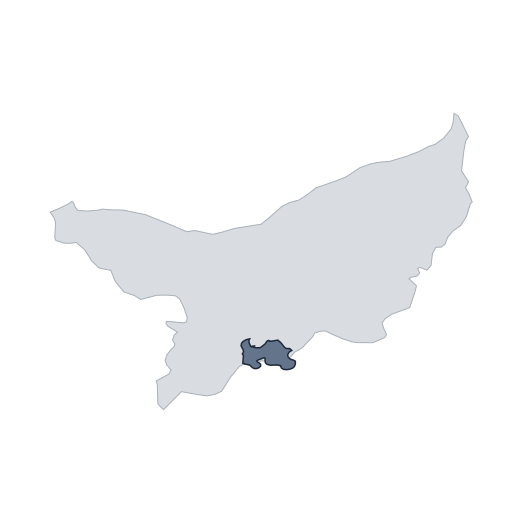 Grigoriopol highlighted on a map of Moldova, rotated 96°
{"feature_id": "MDA-1637", "entity_name": "Grigoriopol", "entity_type": "Territorial Unit", "adm_level": 1, "iso_a3": "MDA", "parent_name": "Moldova", "parent_adm1": "", "projection": "albers", "projection_center": [29.428, 47.137], "detail": "fine", "context": "in_parent", "style": "filled", "palette": "slate", "viewbox_px": 512, "rotation_deg": 96, "n_neighbors": 0, "source": "natural_earth", "source_scale": "10m", "svg_char_len": 3073}
<svg xmlns="http://www.w3.org/2000/svg" viewBox="0 0 512 512"><g transform="rotate(96 256 256)"><path d="M93.5,74.0L95.7,69.4L115.0,57.2L119.9,59.5L129.8,60.3L149.9,60.5L160.1,52.3L166.2,54.8L171.3,51.1L179.7,46.6L180.9,47.6L181.9,48.4L194.7,50.8L204.3,55.6L210.6,62.8L217.2,67.3L224.1,69.1L227.8,72.7L228.5,78.0L234.9,80.8L247.1,80.9L252.2,84.5L250.2,91.6L251.4,93.9L255.8,91.5L259.1,93.7L260.7,99.0L262.6,101.5L268.9,93.3L275.5,94.2L291.3,97.8L299.7,115.0L304.9,121.1L309.6,123.7L315.4,121.0L320.6,117.9L323.6,119.4L330.0,130.7L331.5,145.6L331.4,151.6L329.1,161.6L325.8,172.3L323.2,179.3L324.3,184.9L326.6,189.6L330.4,191.2L342.8,200.7L347.4,207.3L354.2,212.2L359.3,212.4L362.0,215.1L363.0,218.5L362.3,226.9L359.4,234.9L359.8,240.0L364.3,246.0L364.8,253.0L365.2,257.5L367.6,261.0L379.1,268.7L394.1,276.0L397.9,282.4L400.3,290.5L399.6,304.1L398.7,316.0L418.5,331.9L416.3,334.8L413.3,338.1L394.5,340.7L390.6,342.1L382.4,330.1L378.1,328.6L374.1,333.0L369.4,335.5L363.7,334.3L357.6,330.6L354.5,327.9L352.1,327.6L348.3,330.2L343.2,329.1L339.9,326.1L335.1,336.3L332.2,338.5L330.3,338.2L330.0,320.8L328.6,318.2L324.8,317.8L315.7,321.9L307.0,327.1L304.0,331.9L304.2,340.4L305.4,350.6L311.3,366.1L308.0,372.8L305.6,383.5L296.1,393.3L285.4,398.9L284.4,410.7L278.4,418.6L268.2,426.5L261.3,436.1L262.9,442.7L263.2,449.0L262.0,453.3L261.7,456.5L259.0,458.0L243.4,458.9L239.0,460.9L233.9,465.4L229.2,456.6L224.4,448.9L220.9,444.7L222.4,442.9L226.4,440.8L229.2,438.2L229.0,429.1L227.1,418.6L225.4,413.5L225.3,405.6L224.2,393.2L226.4,370.4L234.6,341.7L239.1,327.4L237.1,319.5L239.0,301.3L235.8,292.2L230.8,280.2L223.9,254.4L214.9,245.3L203.8,235.3L199.1,227.7L196.0,219.5L189.5,211.2L182.0,203.6L173.2,184.7L168.7,176.2L167.3,173.9L157.2,161.7L152.0,150.7L149.5,141.8L148.1,133.5L141.3,117.1L135.0,104.7L129.0,95.9L126.3,89.6L119.2,81.7L109.0,75.1L102.2,73.9L93.5,74.0Z" fill="#d9dde1" stroke="#a8b0b8" stroke-width="1"/><path d="M346.3,210.5L347.2,212.1L348.5,213.2L349.9,213.9L351.4,214.1L352.9,213.6L354.5,212.0L355.2,210.1L355.6,208.0L356.5,205.9L358.4,205.6L360.3,205.8L362.1,206.4L363.6,207.8L364.9,210.2L365.8,213.4L365.9,216.6L364.8,219.0L362.5,220.2L362.1,223.2L363.1,230.4L362.6,233.8L361.2,235.5L359.2,236.1L356.6,236.3L356.4,236.7L356.3,237.1L356.4,237.6L356.6,238.0L359.4,243.4L360.3,244.3L361.3,243.4L362.1,241.6L363.2,240.1L365.0,239.9L366.2,240.8L367.3,242.2L368.0,244.1L368.1,246.2L367.3,248.1L366.2,249.4L365.2,250.9L364.5,256.1L364.1,257.9L356.3,258.1L354.8,259.3L354.6,259.0L352.3,258.4L350.4,259.1L348.6,260.4L346.7,261.5L344.2,261.2L342.9,260.3L342.6,260.1L341.0,258.2L339.8,256.0L339.1,253.6L340.4,254.1L341.9,254.1L343.4,253.6L345.8,252.1L346.2,252.2L346.4,252.0L346.8,250.8L346.5,250.9L346.0,250.0L345.6,248.0L346.1,248.0L347.0,248.5L347.3,246.8L346.9,242.8L346.3,241.7L345.6,240.9L342.3,237.6L340.0,236.5L339.5,236.0L339.1,235.7L338.7,234.8L338.9,233.8L339.5,233.5L339.2,232.7L339.1,231.8L337.4,225.4L339.9,221.9L343.0,219.0L344.0,217.8L344.8,216.2L344.7,214.3L344.5,212.9L346.1,210.6L346.3,210.5Z" fill="#64748b" stroke="#1e293b" stroke-width="1.5"/></g></svg>